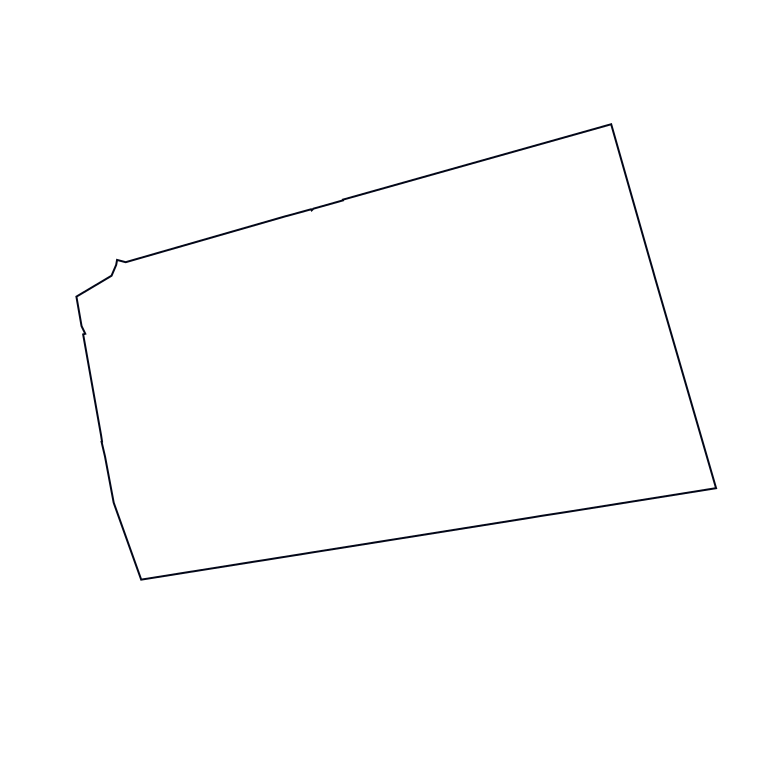 outline of Orange, North Carolina, United States of America, rotated 73°
{"feature_id": "52423323B59069176742644", "entity_name": "Orange", "entity_type": "district", "adm_level": 2, "iso_a3": "USA", "parent_name": "United States of America", "parent_adm1": "North Carolina", "projection": "albers", "projection_center": [-79.134, 36.052], "detail": "fine", "context": "isolated", "style": "outline", "palette": "ink", "viewbox_px": 768, "rotation_deg": 73, "n_neighbors": 0, "source": "geoboundaries", "source_scale": "gbopen_adm2", "svg_char_len": 661}
<svg xmlns="http://www.w3.org/2000/svg" viewBox="0 0 768 768"><g transform="rotate(73 384 384)"><path d="M202.0,90.8L195.7,369.4L196.4,369.5L195.7,400.3L196.8,402.4L195.6,402.7L194.9,427.4L194.8,428.7L192.0,595.4L187.3,603.0L191.8,605.3L200.8,612.9L210.5,652.6L240.2,656.3L248.6,655.0L248.6,657.2L350.6,669.6L356.7,670.5L356.7,671.0L371.8,672.0L418.5,677.2L500.1,673.4L507.1,623.2L507.4,621.4L508.5,613.4L515.8,561.1L517.6,548.7L519.3,536.3L523.2,508.5L524.0,502.5L534.3,428.9L555.0,280.7L556.1,272.2L558.9,253.0L560.0,245.3L580.7,96.9L360.9,93.8L353.2,93.6L340.3,93.4L334.6,93.3L329.3,93.2L202.0,90.8Z" fill="none" stroke="#020617" stroke-width="2"/></g></svg>